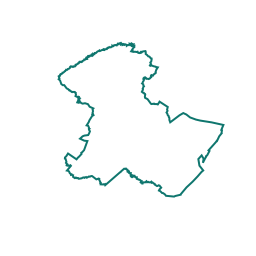 the district of Tepotzotlán, México, Mexico, rotated 49°
{"feature_id": "50627088B87639094921264", "entity_name": "Tepotzotlán", "entity_type": "district", "adm_level": 2, "iso_a3": "MEX", "parent_name": "Mexico", "parent_adm1": "México", "projection": "equal_earth", "projection_center": [-99.315, 19.719], "detail": "fine", "context": "isolated", "style": "outline", "palette": "teal", "viewbox_px": 256, "rotation_deg": 49, "n_neighbors": 0, "source": "geoboundaries", "source_scale": "gbopen_adm2", "svg_char_len": 5723}
<svg xmlns="http://www.w3.org/2000/svg" viewBox="0 0 256 256"><g transform="rotate(49 128 128)"><path d="M150.5,184.3L151.4,185.1L151.8,184.7L152.6,185.6L154.4,183.7L154.6,183.0L155.3,182.8L155.4,182.2L156.2,182.6L156.2,162.9L156.4,162.6L156.2,161.8L156.2,158.2L156.2,157.6L157.3,156.7L157.3,156.2L158.4,156.2L159.0,155.8L160.1,156.6L160.7,155.7L161.2,155.7L161.3,156.6L162.1,156.1L162.4,156.2L162.4,156.7L162.8,156.7L163.9,155.5L164.8,156.6L166.0,156.0L166.1,156.6L165.9,156.9L166.0,157.4L166.9,157.5L167.8,157.2L168.1,155.8L167.8,154.9L168.3,154.4L169.2,154.9L169.7,154.5L170.3,154.6L171.0,153.7L172.2,154.7L173.1,154.0L173.8,154.0L174.3,153.4L175.7,152.9L176.3,153.1L177.1,152.5L177.4,152.9L177.4,154.1L177.7,154.1L178.5,153.2L179.2,153.7L179.5,153.4L179.1,152.7L179.1,152.0L180.3,150.7L180.3,149.0L181.5,149.2L181.9,148.1L182.6,147.9L183.7,146.8L183.8,145.9L184.3,146.2L184.9,146.1L185.1,145.2L186.8,145.0L187.6,144.5L188.3,144.9L190.8,144.2L191.2,143.6L191.3,142.5L192.1,142.0L194.8,142.1L195.0,144.5L195.5,145.7L196.8,145.1L199.5,144.9L200.2,144.2L202.3,143.7L204.1,143.8L210.0,138.2L210.3,137.0L212.9,132.0L212.6,131.7L211.2,122.8L210.9,114.4L210.2,107.1L209.4,101.5L209.4,99.1L203.3,98.8L197.6,95.3L197.0,90.4L200.8,91.1L203.4,94.3L202.5,92.2L202.2,92.0L202.3,91.6L201.4,89.5L201.2,88.5L200.7,88.0L200.7,87.7L200.4,87.2L200.6,86.8L200.5,86.0L198.8,81.6L197.7,81.9L196.3,71.0L195.8,68.9L196.0,68.9L194.1,64.6L193.4,60.7L193.1,60.7L191.4,58.6L190.7,58.9L188.3,54.0L178.6,61.2L169.8,68.6L166.2,71.2L160.8,74.2L156.1,75.1L153.0,76.5L152.2,80.8L151.4,92.4L149.1,91.5L147.6,90.2L146.7,90.1L145.8,89.5L144.5,89.6L142.9,88.9L141.6,88.8L141.0,86.9L139.8,86.5L138.2,84.2L128.8,86.9L129.4,88.5L129.4,89.1L129.8,89.9L129.5,90.3L128.9,90.5L127.1,92.5L126.7,92.4L125.4,94.5L124.7,94.8L119.1,94.3L116.4,95.3L115.5,94.8L113.9,92.9L113.4,92.8L112.6,93.2L111.8,93.0L111.3,93.5L109.8,93.8L108.9,91.6L108.0,91.2L107.9,90.7L107.0,89.4L107.0,88.6L105.8,88.4L105.0,87.8L103.8,88.1L103.8,87.7L103.2,87.1L102.5,85.0L101.7,83.9L101.0,84.2L100.6,83.5L100.6,82.6L101.0,81.8L101.5,81.7L101.6,82.5L101.8,82.6L102.3,81.9L103.1,81.7L104.1,80.5L104.6,80.3L104.9,79.4L104.9,78.4L104.6,77.9L104.9,77.1L104.5,76.7L103.7,76.5L103.4,75.9L103.5,75.5L104.5,75.3L104.9,74.7L104.4,73.6L104.7,71.2L104.6,70.8L103.9,70.6L102.6,68.4L101.8,65.7L101.0,66.3L101.0,66.8L99.9,66.9L98.0,68.3L96.7,68.9L95.9,69.8L95.7,70.4L95.1,70.4L94.8,68.7L93.2,68.2L93.1,66.9L91.6,65.0L91.0,64.6L90.4,65.1L88.2,65.0L87.2,65.7L85.5,65.7L83.8,66.1L82.2,64.7L81.4,64.4L80.0,66.5L79.9,67.4L79.0,68.1L79.0,68.4L79.8,68.7L79.6,69.3L79.0,69.9L78.9,70.3L77.9,71.0L76.7,70.7L76.2,71.8L75.1,72.6L74.1,74.0L72.5,75.1L72.4,74.5L72.1,74.9L70.9,71.2L71.2,70.3L70.1,69.2L69.3,70.4L68.5,68.9L68.2,69.3L67.0,69.7L68.0,70.4L68.1,71.2L66.4,70.8L65.7,71.3L66.9,71.7L66.9,72.1L65.8,72.3L65.5,73.8L65.2,73.9L65.0,74.4L65.0,74.8L64.5,74.4L63.0,75.2L62.9,75.4L63.2,75.6L63.0,76.1L62.5,75.9L62.1,76.9L61.8,76.3L61.4,76.5L60.6,78.6L59.9,78.1L59.8,77.5L59.4,77.5L59.5,77.9L59.1,78.0L59.1,78.7L58.4,79.0L58.7,79.9L57.8,80.4L58.3,81.1L58.1,81.9L58.2,82.2L57.6,82.3L57.5,82.8L56.9,83.3L56.9,83.7L56.4,84.3L56.4,85.1L56.6,85.3L56.5,85.7L56.0,85.8L56.3,86.0L56.1,86.7L55.8,87.0L55.9,87.9L55.1,89.0L54.6,89.1L54.6,90.4L54.1,90.7L54.1,91.5L54.5,92.1L54.0,92.5L54.1,93.0L53.6,94.0L52.6,94.4L52.5,94.7L53.3,95.1L52.1,96.4L51.5,98.7L50.7,98.7L50.8,99.3L50.2,100.9L50.4,102.8L49.6,103.8L50.2,104.8L49.5,105.3L49.9,105.5L50.0,106.3L49.3,106.2L49.9,107.2L48.9,107.4L49.4,108.1L48.8,108.3L48.8,108.7L48.2,109.7L48.8,110.0L48.6,110.9L48.1,110.4L47.5,110.9L47.9,111.5L47.5,113.1L48.4,113.4L48.1,113.8L48.2,114.0L48.8,114.0L48.3,114.8L48.0,114.7L48.2,115.7L47.6,116.1L48.0,117.1L47.5,118.4L47.9,119.0L47.8,119.8L47.1,120.2L46.9,120.8L46.4,120.8L46.2,121.2L46.6,121.5L46.6,122.5L46.8,122.7L46.7,123.4L46.4,123.5L46.5,124.7L45.9,126.0L46.6,126.4L46.7,127.6L46.2,128.0L46.2,128.6L45.9,129.3L45.4,129.2L45.1,130.1L44.1,130.5L44.1,131.0L43.9,131.1L43.9,131.6L44.5,132.3L44.6,133.3L44.0,134.7L44.2,135.2L44.1,136.0L43.4,136.5L43.9,138.0L43.6,138.5L43.8,139.3L43.7,140.9L43.3,141.2L43.7,142.0L43.5,143.0L43.1,143.5L43.2,144.2L43.8,144.6L44.0,145.2L43.6,145.7L43.5,146.4L45.6,147.2L45.7,148.3L47.6,148.1L51.1,149.5L52.9,149.1L53.8,148.0L57.9,148.3L59.6,147.6L60.3,147.7L60.9,147.3L61.2,147.6L63.2,146.8L63.7,146.9L64.3,146.6L64.5,146.0L65.9,144.5L66.7,144.7L67.2,144.4L67.7,144.9L68.5,145.2L69.5,146.7L71.3,145.9L71.7,145.0L72.2,144.7L72.6,145.5L73.0,145.1L73.9,144.9L73.8,146.4L74.3,147.4L75.1,147.2L74.8,146.2L75.8,146.8L75.2,148.0L75.4,148.9L75.2,149.1L75.4,149.5L76.4,148.8L76.1,148.5L77.1,147.5L77.2,147.0L78.6,146.9L79.9,146.2L81.1,144.2L83.7,142.6L86.8,143.0L90.5,141.3L90.8,142.6L92.3,143.3L93.3,144.8L93.8,144.9L94.3,146.2L94.7,146.3L95.3,145.5L95.7,145.6L95.4,147.2L96.9,152.1L97.8,153.8L98.9,157.5L100.2,156.6L102.1,157.2L102.7,157.8L103.1,157.7L103.0,158.1L103.7,158.6L105.5,158.9L106.6,161.0L107.2,162.7L105.1,165.9L104.5,167.7L104.6,171.2L108.9,169.3L111.2,167.2L115.9,175.7L116.2,178.2L116.1,179.6L117.1,180.1L117.5,183.6L117.5,185.4L117.9,187.4L107.9,190.0L108.8,193.1L108.9,194.9L109.7,195.7L110.4,195.4L113.2,196.7L113.6,197.7L115.1,197.6L115.7,198.5L116.2,197.8L116.7,198.4L118.0,197.1L118.3,195.9L119.1,195.9L120.1,202.0L121.2,201.2L122.1,201.0L123.9,201.6L124.9,201.3L125.9,201.8L126.2,200.9L127.0,201.0L127.6,200.5L127.9,201.0L128.6,201.1L129.1,201.5L129.4,201.3L130.8,201.1L131.0,200.3L131.6,200.1L131.5,199.7L132.0,199.5L133.1,198.5L133.6,198.7L134.0,198.5L135.6,195.9L135.7,194.9L136.4,193.6L137.0,193.6L137.5,191.8L138.5,191.7L139.0,189.2L139.5,189.0L139.9,188.3L140.1,187.3L140.8,186.6L146.0,185.6L146.9,183.3L147.5,183.0L148.2,183.7L150.5,184.3Z" fill="none" stroke="#0f766e" stroke-width="2"/></g></svg>